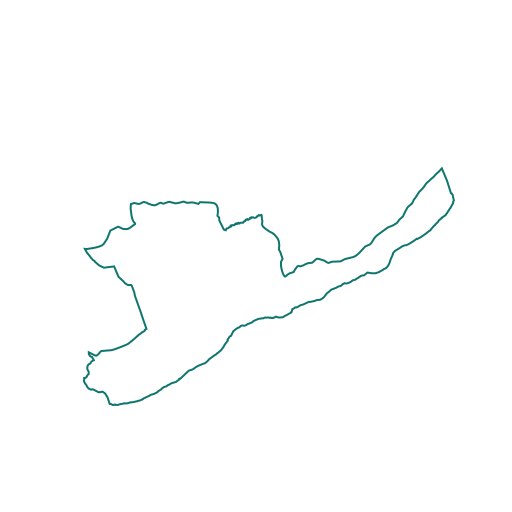 Bongandanga, Équateur, Democratic Republic of the Congo (Mercator projection), rotated 159°
{"feature_id": "63176286B86504731111535", "entity_name": "Bongandanga", "entity_type": "district", "adm_level": 2, "iso_a3": "COD", "parent_name": "Democratic Republic of the Congo", "parent_adm1": "Équateur", "projection": "mercator", "projection_center": [20.934, 1.471], "detail": "fine", "context": "isolated", "style": "outline", "palette": "teal", "viewbox_px": 512, "rotation_deg": 159, "n_neighbors": 0, "source": "geoboundaries", "source_scale": "gbopen_adm2", "svg_char_len": 6103}
<svg xmlns="http://www.w3.org/2000/svg" viewBox="0 0 512 512"><g transform="rotate(159 256 256)"><path d="M236.1,292.1L236.3,292.5L238.1,292.5L238.5,293.1L238.9,293.2L239.4,292.7L240.8,292.7L241.5,292.0L242.7,291.9L243.9,292.2L244.8,293.1L245.2,293.1L246.0,293.7L246.3,293.7L246.9,293.1L247.5,293.2L247.5,293.7L247.8,293.7L248.2,293.1L248.8,292.7L249.3,292.7L249.9,292.9L250.1,292.6L250.4,292.6L250.5,292.9L250.2,293.1L250.7,293.5L251.3,293.2L251.8,293.3L252.0,293.6L252.7,293.5L253.1,292.7L253.6,292.5L254.1,292.6L254.8,292.3L255.2,292.5L256.2,291.7L258.6,292.6L259.4,292.6L259.8,292.2L260.0,292.3L260.6,292.6L260.7,293.1L261.2,292.9L261.4,293.1L261.8,292.7L263.3,292.9L263.0,293.5L263.5,293.6L264.1,293.3L264.4,292.9L264.8,292.7L265.4,292.6L265.8,292.9L266.8,293.0L267.2,293.4L268.1,293.4L268.2,293.1L268.4,292.8L268.9,293.3L269.4,292.5L270.6,292.5L271.7,292.0L272.8,292.0L273.5,292.2L274.4,291.5L274.8,291.5L275.1,290.9L275.5,291.1L276.6,292.4L277.5,302.4L276.6,305.0L277.6,307.3L275.8,310.7L274.7,313.9L274.5,314.9L274.6,317.4L274.7,318.1L275.4,319.5L276.2,320.2L277.4,321.1L280.5,322.7L289.0,326.3L291.1,325.3L294.8,328.0L296.6,329.0L301.3,330.3L304.0,332.7L309.8,333.4L312.3,334.0L317.6,337.7L319.4,337.9L323.6,338.0L324.6,338.7L325.6,339.7L326.5,340.0L331.1,339.5L332.4,339.6L334.6,340.8L337.9,343.5L338.8,344.8L341.3,346.6L342.1,346.7L345.4,346.4L347.0,346.7L348.0,347.3L350.6,349.1L354.2,349.3L356.0,345.4L357.9,337.6L358.2,334.4L358.0,331.8L357.2,329.7L357.4,329.2L363.6,327.5L365.9,327.2L367.8,327.7L370.4,328.9L373.2,331.8L374.4,332.8L382.9,331.9L388.7,325.5L393.8,321.9L395.9,321.1L398.3,321.0L401.3,321.2L404.7,321.7L411.3,323.1L413.2,324.0L412.8,320.4L411.3,315.8L410.7,313.4L409.7,310.8L408.5,309.1L408.3,308.0L407.5,306.7L406.7,305.0L405.6,303.2L402.2,299.6L392.2,297.1L391.8,285.9L389.1,280.3L388.1,277.7L387.2,276.3L386.3,275.2L385.4,274.5L383.2,273.8L382.8,273.4L382.6,272.4L382.6,271.0L382.7,265.5L383.3,262.3L383.7,245.4L384.0,239.3L384.4,227.2L386.3,226.9L386.7,226.1L387.2,225.9L390.0,225.5L390.2,225.3L393.5,224.5L399.5,222.2L406.5,219.9L409.1,219.6L415.9,219.5L422.2,219.6L424.8,219.9L434.0,222.6L435.2,222.6L437.9,221.0L440.5,220.1L441.8,220.7L446.6,226.0L447.2,224.4L446.8,222.0L445.3,220.5L444.9,218.4L444.8,216.8L446.0,216.8L447.7,216.3L448.7,215.4L449.4,215.0L451.1,214.8L451.8,214.4L452.7,213.7L453.9,211.3L454.0,210.5L453.7,207.9L454.5,205.8L455.9,205.2L457.3,204.0L458.5,203.4L459.3,203.4L460.1,203.7L461.5,200.6L461.3,198.3L460.7,196.7L460.4,193.8L459.5,192.0L457.9,190.3L456.4,190.2L455.7,189.7L451.7,185.1L447.9,184.3L447.0,183.1L446.1,181.7L445.3,177.4L445.6,170.3L444.3,169.7L443.3,168.4L442.7,168.0L441.1,168.0L440.7,167.7L440.8,167.5L438.4,166.5L435.6,166.3L434.4,166.0L431.5,165.6L431.4,165.4L428.7,164.5L425.5,164.4L425.2,164.1L422.9,163.6L419.0,163.0L418.3,163.1L416.8,162.8L415.3,162.7L413.3,163.0L413.2,162.8L411.9,163.3L405.2,163.8L403.8,164.2L403.0,164.0L400.7,163.8L396.9,164.2L395.4,164.9L392.6,165.4L390.6,166.3L388.3,166.7L386.6,166.4L385.2,166.7L384.9,167.0L383.2,167.0L380.5,167.5L375.8,167.1L371.4,168.4L371.8,168.6L371.7,168.8L369.8,168.9L359.7,173.1L357.3,172.8L355.4,172.9L351.4,173.9L349.2,174.2L343.4,174.3L342.0,174.2L340.1,174.8L337.7,175.8L337.2,176.3L329.8,178.3L328.6,178.4L327.1,179.1L325.9,179.3L324.2,180.0L322.5,180.5L318.8,182.9L316.8,184.6L312.7,187.1L312.4,188.2L311.2,188.9L310.0,189.9L309.2,190.3L308.2,190.3L307.7,190.6L304.2,193.9L300.4,195.1L298.7,195.4L297.0,195.4L295.5,196.1L293.7,196.1L291.7,195.0L290.1,195.0L289.4,195.2L288.1,195.4L283.6,195.4L282.2,196.0L280.2,196.3L276.0,196.4L274.2,195.9L273.0,195.8L271.7,195.2L269.6,195.3L268.3,194.7L266.7,194.3L265.6,193.5L264.4,193.3L264.0,192.6L263.4,192.4L262.3,192.2L262.2,192.0L261.3,192.0L259.3,192.3L259.2,192.1L256.4,190.2L252.8,189.2L251.2,189.5L250.8,189.7L249.1,189.8L243.5,190.6L243.4,190.9L242.8,191.0L241.1,193.4L238.9,193.5L237.8,194.0L236.8,193.5L235.1,193.6L231.4,194.1L229.6,193.8L223.5,194.2L222.9,194.2L221.8,193.7L217.3,193.0L214.9,193.1L212.1,192.2L210.0,192.4L207.6,193.1L202.7,196.0L201.7,196.1L197.8,197.6L192.5,197.6L190.1,198.0L187.8,197.7L186.8,197.9L185.5,198.6L183.0,198.8L182.6,198.5L181.3,197.9L179.5,197.7L176.9,197.9L174.5,198.6L171.4,198.3L170.5,198.7L167.9,199.1L165.2,199.8L163.7,199.7L162.1,199.2L157.9,200.6L153.7,198.2L150.7,197.1L147.2,196.9L143.1,197.5L141.5,197.9L139.2,198.1L138.2,198.4L136.3,199.5L134.2,201.3L131.5,204.6L127.6,208.5L127.3,209.4L124.6,210.9L118.2,212.1L116.1,212.6L113.6,212.7L112.1,212.3L109.8,212.3L103.8,213.4L99.6,214.5L99.2,214.1L97.8,214.2L95.6,214.5L89.0,216.1L88.0,216.5L84.6,217.5L84.1,217.4L83.1,218.2L78.5,220.6L77.9,220.6L77.2,221.2L73.7,222.7L72.7,223.6L69.1,224.8L69.0,225.1L64.3,226.2L63.5,227.0L62.3,227.5L61.2,228.5L59.8,229.4L57.9,230.9L57.3,231.1L54.8,233.3L53.3,234.5L52.5,235.7L52.5,235.9L51.4,237.0L50.5,242.7L51.0,244.0L50.9,244.2L51.5,244.8L50.7,257.5L51.1,271.2L55.1,269.2L58.2,268.1L61.6,266.3L65.6,264.9L67.4,264.1L70.2,263.1L71.6,262.4L75.0,260.0L79.1,258.0L80.3,257.6L86.4,253.2L88.6,251.9L90.1,250.3L91.8,249.0L94.8,248.0L96.6,247.3L97.4,246.8L101.1,243.7L104.6,240.3L109.5,238.4L110.8,237.4L112.8,236.3L117.0,235.5L122.6,235.4L134.5,232.2L137.1,231.3L139.5,230.0L142.8,227.4L144.6,226.3L145.4,226.0L149.9,225.8L150.9,225.6L158.6,221.8L162.1,220.6L163.5,220.3L165.9,220.2L173.5,221.2L174.9,221.2L178.5,220.7L179.4,220.8L187.0,223.4L188.2,223.5L190.6,223.5L191.5,224.1L192.3,225.0L193.8,227.1L198.0,230.5L199.7,231.5L200.3,231.6L201.8,231.2L204.4,230.1L206.1,229.6L207.9,230.2L210.7,230.7L213.2,230.6L214.8,230.3L217.7,230.4L218.5,230.6L220.1,231.5L220.6,231.5L221.0,231.5L224.4,229.4L226.6,227.5L230.7,227.8L233.1,227.3L235.4,226.4L235.9,226.3L236.2,226.4L236.6,226.9L236.9,227.9L237.1,229.0L237.1,232.1L236.7,235.4L236.2,237.7L234.9,241.3L234.2,242.1L232.4,243.6L232.2,244.0L231.9,250.8L232.3,254.0L231.7,254.8L231.6,255.4L230.9,256.5L230.1,258.8L229.5,261.4L229.4,262.8L229.5,264.4L229.9,265.9L231.1,269.4L232.7,271.9L234.5,273.8L237.2,277.7L238.3,279.6L239.0,281.3L239.1,282.9L238.9,283.6L237.5,286.5L237.3,288.1L236.1,292.1Z" fill="none" stroke="#0f766e" stroke-width="2"/></g></svg>